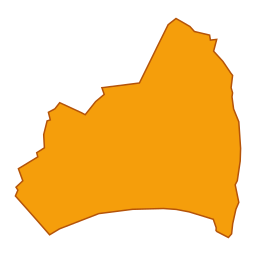 outline of Brunswick, North Carolina, United States of America
{"feature_id": "52423323B12833551098527", "entity_name": "Brunswick", "entity_type": "district", "adm_level": 2, "iso_a3": "USA", "parent_name": "United States of America", "parent_adm1": "North Carolina", "projection": "equal_earth", "projection_center": [-78.244, 34.108], "detail": "fine", "context": "isolated", "style": "filled", "palette": "amber", "viewbox_px": 256, "rotation_deg": 0, "n_neighbors": 0, "source": "geoboundaries", "source_scale": "gbopen_adm2", "svg_char_len": 855}
<svg xmlns="http://www.w3.org/2000/svg" viewBox="0 0 256 256"><path d="M168.2,24.6L156.7,47.8L155.9,49.5L147.6,66.4L139.5,82.8L139.4,83.0L101.9,87.7L104.2,94.4L95.7,101.5L85.2,114.7L81.4,112.7L59.7,102.7L54.9,108.8L48.4,112.3L50.3,119.9L47.1,120.9L43.7,134.6L44.4,147.8L36.7,152.7L37.8,156.9L18.4,168.7L22.8,180.8L16.0,187.2L17.9,190.1L15.4,196.0L24.4,206.1L26.1,208.0L37.3,220.7L49.6,234.8L59.6,228.8L98.8,213.6L132.6,209.3L163.4,208.5L176.2,209.4L189.2,211.9L213.3,219.3L216.2,227.8L216.0,230.5L217.0,231.6L228.4,237.5L231.6,233.8L232.7,223.7L235.9,209.3L238.8,202.4L235.2,184.8L237.3,180.7L240.2,161.0L240.6,148.4L238.8,121.8L233.6,109.0L232.0,96.8L232.6,92.9L231.1,87.7L232.6,75.4L231.0,73.4L222.9,61.4L213.6,51.2L216.7,39.4L210.4,40.1L209.6,35.1L194.4,31.5L189.9,26.5L176.0,18.5L168.2,24.6Z" fill="#f59e0b" stroke="#b45309" stroke-width="1.5"/></svg>